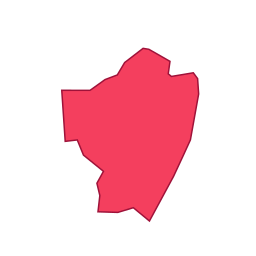 outline of Wigan, rotated 39°
{"feature_id": "GBR-5677", "entity_name": "Wigan", "entity_type": "Metropolitan Borough", "adm_level": 1, "iso_a3": "GBR", "parent_name": "United Kingdom", "parent_adm1": "", "projection": "orthographic", "projection_center": [-2.617, 53.524], "detail": "fine", "context": "isolated", "style": "filled", "palette": "rose", "viewbox_px": 256, "rotation_deg": 39, "n_neighbors": 0, "source": "natural_earth", "source_scale": "10m", "svg_char_len": 473}
<svg xmlns="http://www.w3.org/2000/svg" viewBox="0 0 256 256"><g transform="rotate(39 128 128)"><path d="M87.6,177.9L52.8,140.4L74.8,122.6L79.7,104.8L86.3,93.5L84.2,79.2L89.6,56.6L94.7,53.7L118.7,49.8L125.2,60.6L129.3,60.6L144.0,44.0L151.0,45.8L161.5,57.1L184.0,98.0L188.3,114.8L193.8,136.8L203.2,186.8L182.3,186.6L173.2,200.0L157.4,212.0L148.6,198.2L138.6,190.5L136.2,177.1L110.5,177.1L96.1,169.2L87.6,177.9Z" fill="#f43f5e" stroke="#9f1239" stroke-width="1.5"/></g></svg>